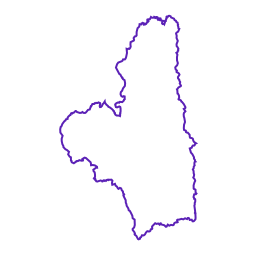 Suan Phueng, Ratchaburi, Thailand, rotated 179°
{"feature_id": "78962969B47422412766823", "entity_name": "Suan Phueng", "entity_type": "district", "adm_level": 2, "iso_a3": "THA", "parent_name": "Thailand", "parent_adm1": "Ratchaburi", "projection": "robinson", "projection_center": [99.327, 13.539], "detail": "fine", "context": "isolated", "style": "outline", "palette": "violet", "viewbox_px": 256, "rotation_deg": 179, "n_neighbors": 0, "source": "geoboundaries", "source_scale": "gbopen_adm2", "svg_char_len": 5743}
<svg xmlns="http://www.w3.org/2000/svg" viewBox="0 0 256 256"><g transform="rotate(179 128 128)"><path d="M188.2,139.4L188.2,138.2L190.0,137.7L190.4,136.6L191.4,136.0L193.5,133.3L194.6,130.7L195.3,130.2L195.8,127.9L195.7,124.6L193.5,121.4L194.5,118.4L194.5,116.1L193.9,113.0L192.9,111.0L192.9,110.0L190.9,107.8L189.5,107.1L187.4,105.2L188.3,102.7L186.8,100.3L185.6,99.7L185.6,96.5L185.0,96.0L185.1,95.4L184.8,94.7L182.8,93.7L181.4,94.6L180.9,95.3L180.1,95.3L179.7,95.9L178.1,96.0L177.3,96.7L174.8,96.1L173.6,96.3L173.5,96.7L174.3,97.2L174.3,97.7L172.0,99.1L170.7,98.8L166.0,94.4L165.7,93.2L165.6,91.4L163.8,91.6L161.8,91.2L159.7,89.8L159.6,88.9L160.3,89.0L163.4,86.9L163.1,85.3L162.1,84.3L161.8,81.8L161.8,79.7L162.8,78.4L162.4,78.2L162.4,77.7L161.6,77.7L161.4,77.1L161.6,76.5L160.9,75.9L160.7,75.3L159.7,75.0L156.3,76.0L154.8,75.4L154.6,75.0L154.2,75.1L153.6,75.9L152.6,75.6L152.5,76.0L151.8,75.7L150.9,76.1L150.7,75.7L149.6,76.6L148.7,76.7L148.4,76.3L147.8,76.6L145.4,76.6L144.5,75.6L145.0,73.2L144.7,71.5L142.0,72.4L141.4,70.6L140.1,69.6L139.1,67.7L138.5,67.3L137.2,68.3L135.9,67.7L135.3,65.8L134.2,64.7L134.1,63.2L133.1,61.8L133.7,61.4L133.8,60.5L133.3,60.1L133.3,59.4L131.6,55.9L131.5,53.3L131.0,52.2L130.7,50.3L129.1,47.6L128.7,45.7L127.7,45.2L126.8,43.6L125.2,40.2L124.9,37.7L123.0,36.3L122.9,30.9L123.6,28.5L125.1,27.0L125.1,26.0L123.4,23.7L122.9,22.4L123.3,21.8L123.0,21.1L121.6,20.1L120.0,16.9L119.3,16.5L117.9,17.1L117.8,18.2L116.8,18.7L115.9,20.5L114.6,20.3L113.9,20.5L112.9,21.3L111.9,23.1L110.8,24.3L110.1,24.5L108.9,24.1L108.1,24.3L107.5,24.8L107.0,26.3L105.9,26.5L105.5,27.0L105.7,28.8L105.5,29.3L102.5,32.3L101.1,31.6L99.5,32.0L98.1,30.8L97.3,32.1L96.9,32.1L96.4,31.0L93.3,30.1L91.9,28.6L91.2,28.7L89.9,30.7L88.5,29.6L86.7,30.4L84.8,30.0L84.1,30.3L83.3,32.1L82.1,32.8L80.7,32.7L80.0,33.0L80.6,35.0L80.0,35.5L78.6,35.5L76.1,36.2L74.3,35.7L72.5,36.7L70.5,35.9L69.7,37.0L69.2,37.0L68.5,36.6L67.9,35.0L65.9,35.2L65.1,33.6L64.6,33.5L63.7,33.8L62.2,35.5L62.0,36.9L62.1,40.5L62.3,41.0L62.0,41.6L62.6,42.0L62.3,43.4L63.0,49.2L62.6,50.3L62.6,52.0L62.1,53.0L62.0,54.8L62.1,55.6L62.6,56.1L63.1,56.1L63.2,57.0L63.7,57.8L63.0,60.5L61.3,60.6L60.7,61.3L61.5,62.1L61.6,65.1L62.4,65.7L63.0,65.8L63.4,66.3L63.4,69.5L62.5,72.5L61.7,74.0L62.2,75.5L63.6,77.3L62.9,78.8L62.7,80.5L63.1,81.4L63.2,83.9L63.9,85.5L63.1,86.5L62.9,88.3L62.0,89.5L62.3,90.7L62.1,92.5L61.7,93.2L61.2,93.3L61.6,93.8L61.7,95.0L62.6,96.2L62.5,97.5L64.1,100.7L65.5,102.3L66.6,106.5L64.6,107.2L64.2,108.4L63.3,109.4L62.1,109.3L61.6,109.8L61.1,111.1L60.2,111.5L62.2,112.9L62.9,114.1L63.4,116.2L64.4,116.8L66.0,117.1L66.4,118.0L66.5,120.1L68.3,122.3L69.5,122.5L70.1,122.9L70.2,124.3L72.0,125.1L72.2,127.0L71.9,130.3L70.9,133.0L71.5,137.0L72.0,138.6L72.1,140.9L71.7,142.2L70.3,143.7L71.9,146.1L70.4,146.9L70.2,147.8L71.8,150.9L73.5,153.1L74.2,153.5L74.5,154.5L75.7,155.4L76.7,155.5L77.0,155.9L76.3,157.7L76.5,159.6L77.4,161.4L77.9,161.6L78.0,164.6L78.4,165.8L78.0,166.0L76.9,167.6L74.5,168.9L74.3,169.4L75.5,171.7L75.0,173.0L75.9,174.6L75.9,175.3L77.1,176.8L77.2,178.0L75.6,180.4L76.0,181.4L76.9,182.3L78.4,183.0L78.5,183.6L78.1,184.6L79.3,185.7L79.7,187.6L79.3,188.4L77.8,189.8L77.0,192.0L77.8,194.7L77.8,198.1L77.3,200.4L78.3,202.3L77.3,202.8L77.1,203.8L76.4,204.4L76.6,205.4L76.2,206.2L77.0,207.9L77.9,209.0L78.0,211.0L76.7,214.2L77.9,217.2L77.7,219.4L78.3,221.6L77.9,222.4L76.2,223.5L75.0,226.2L75.5,226.4L75.9,227.0L75.9,228.3L76.4,229.5L76.1,230.4L76.4,230.8L76.6,232.5L77.9,233.3L78.2,234.4L79.5,235.0L80.1,236.5L83.0,237.8L83.5,239.0L84.9,239.5L85.7,239.3L86.2,238.5L87.4,238.7L87.6,238.4L87.3,237.3L87.9,236.9L87.9,235.8L88.4,235.3L88.3,234.4L89.0,234.3L89.3,233.8L89.2,233.0L89.9,231.1L90.1,231.4L91.5,231.3L92.1,231.9L92.0,233.2L90.9,234.5L93.7,235.1L93.3,236.2L93.6,237.0L94.2,237.0L94.5,235.7L95.1,235.6L95.3,236.7L96.4,236.1L96.6,236.6L96.3,237.8L96.6,238.2L96.9,238.2L97.0,237.5L97.5,238.5L97.8,238.5L98.4,238.1L98.3,237.6L98.9,237.4L99.5,238.0L99.4,238.5L99.9,238.7L100.2,238.0L101.0,237.8L102.2,237.9L103.1,238.6L104.2,236.4L106.1,236.3L106.3,235.4L105.6,234.5L106.2,233.8L106.8,234.5L106.8,233.8L108.0,231.8L108.8,232.0L109.1,231.2L110.5,231.0L110.7,231.3L110.4,232.4L111.4,232.9L111.9,232.4L112.6,232.4L113.1,231.3L114.6,231.6L115.0,229.2L116.7,227.6L117.7,223.9L117.8,220.4L118.5,219.6L119.7,219.4L120.8,217.8L120.4,216.0L120.7,215.3L123.9,213.8L124.1,211.5L123.9,209.3L124.4,208.1L125.2,207.1L126.1,207.4L126.9,206.8L128.0,207.2L127.7,203.1L128.6,199.1L129.2,197.5L130.0,196.6L131.7,196.7L132.4,195.3L133.0,194.9L136.6,193.6L137.8,192.0L139.0,188.6L135.7,182.1L134.7,181.6L133.9,179.8L133.4,179.3L133.2,178.4L132.6,178.3L132.2,177.0L130.6,175.9L130.1,172.8L130.4,170.1L132.3,167.7L133.2,165.4L134.5,164.0L134.8,162.6L134.8,161.6L134.0,159.9L132.8,159.3L131.8,159.9L130.8,159.6L130.8,156.8L131.5,156.4L131.7,155.5L133.3,154.0L135.7,154.3L136.5,153.4L137.3,153.8L138.8,153.2L140.0,152.4L140.1,151.6L140.4,151.4L139.7,149.1L138.6,148.8L136.3,149.7L135.4,149.2L135.1,147.7L135.1,145.4L135.2,144.0L135.6,143.2L135.4,142.6L135.7,142.2L135.6,141.1L135.8,140.1L136.6,140.5L139.2,140.7L140.2,141.4L140.6,141.8L140.8,143.2L141.3,143.3L141.7,145.1L142.4,145.4L142.7,146.2L143.8,147.3L145.8,148.9L147.3,149.6L147.6,150.3L149.4,151.9L150.7,154.0L150.8,154.9L152.1,152.9L153.0,152.2L153.5,150.7L154.8,149.4L155.4,149.4L155.2,150.1L155.9,150.5L155.4,152.7L155.5,153.4L157.1,154.1L157.8,153.5L159.5,153.7L159.9,153.3L160.9,153.4L161.5,152.6L163.2,152.6L164.4,150.3L164.8,150.4L165.9,147.2L167.7,146.8L169.7,144.4L170.6,143.8L172.2,143.9L173.3,144.8L174.2,144.1L175.9,143.9L178.8,144.9L179.6,145.8L180.2,145.9L182.0,144.2L182.9,144.1L183.4,143.5L184.1,143.9L184.7,143.6L185.3,142.0L185.7,142.0L187.4,140.5L188.2,139.4Z" fill="none" stroke="#5b21b6" stroke-width="2"/></g></svg>